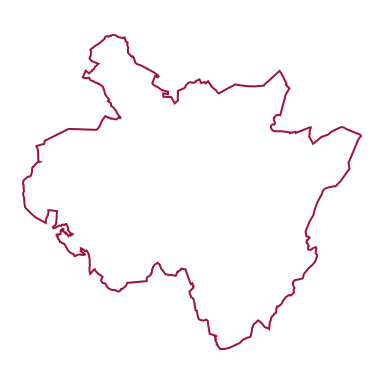 Petrestii De Jos, Cluj, Romania
{"feature_id": "2599482B6120631098136", "entity_name": "Petrestii De Jos", "entity_type": "district", "adm_level": 2, "iso_a3": "ROU", "parent_name": "Romania", "parent_adm1": "Cluj", "projection": "orthographic", "projection_center": [23.62, 46.582], "detail": "fine", "context": "isolated", "style": "outline", "palette": "rose", "viewbox_px": 384, "rotation_deg": 0, "n_neighbors": 0, "source": "geoboundaries", "source_scale": "gbopen_adm2", "svg_char_len": 5851}
<svg xmlns="http://www.w3.org/2000/svg" viewBox="0 0 384 384"><path d="M220.3,349.1L225.2,348.9L230.6,347.3L239.5,343.1L240.8,342.1L242.1,340.4L243.5,339.5L247.8,337.5L250.0,337.1L251.0,335.6L251.0,334.2L251.8,331.6L252.2,327.5L252.8,326.9L253.5,324.4L256.0,322.6L257.8,320.5L258.4,320.4L261.6,323.0L264.9,327.3L268.3,328.3L269.2,329.0L269.8,322.1L270.9,320.0L271.2,317.7L272.0,316.5L273.6,315.2L274.0,314.0L276.0,312.8L276.4,308.5L276.9,306.5L278.3,306.6L281.3,304.1L282.2,303.0L282.6,301.5L285.8,297.2L288.6,295.2L290.0,295.1L290.3,295.6L290.8,295.5L294.1,292.4L293.6,290.7L293.7,289.6L294.4,288.5L294.5,287.8L293.5,286.3L292.8,283.8L293.0,282.4L293.5,281.5L294.7,280.2L300.7,279.0L302.6,278.3L303.0,277.8L303.7,274.5L304.8,272.7L306.4,271.1L309.0,267.8L311.7,265.6L314.9,262.0L315.9,259.9L317.1,255.7L317.0,254.8L315.8,253.5L315.7,252.3L316.4,248.1L315.9,247.2L315.3,247.2L313.8,247.8L310.6,249.9L308.4,249.6L308.0,249.0L308.2,248.0L307.9,247.0L308.7,246.2L308.8,245.7L308.3,244.6L306.5,242.5L306.5,241.5L307.0,240.8L306.9,240.2L307.9,239.6L308.5,238.6L309.6,237.8L308.5,236.6L306.7,236.5L306.2,236.2L305.9,233.2L305.7,232.6L305.7,231.0L309.8,221.1L313.2,215.5L315.2,208.2L317.4,202.3L321.9,193.9L322.5,191.6L323.1,190.4L324.9,188.8L327.3,187.7L333.8,186.3L335.6,186.2L340.9,180.7L349.5,168.6L348.5,163.0L358.3,139.5L361.0,136.0L360.4,134.9L359.5,134.4L347.5,129.6L343.6,127.4L341.1,127.1L335.2,129.8L330.7,132.2L328.0,134.6L321.4,137.0L313.1,143.8L309.1,136.4L309.6,135.3L309.6,131.7L310.8,127.4L310.0,127.3L295.8,132.9L295.5,131.8L290.2,133.1L290.4,132.5L281.8,131.3L274.4,131.2L272.4,130.4L271.0,127.8L270.9,126.4L271.1,125.8L271.8,124.9L273.1,124.4L274.3,124.5L274.8,123.9L274.9,122.5L273.8,119.9L273.9,117.8L276.2,115.3L277.9,115.0L280.2,115.2L284.9,97.8L285.4,95.2L289.4,88.3L286.0,85.0L286.6,84.1L284.3,79.1L281.7,74.2L279.6,70.9L264.6,84.5L264.0,85.1L263.9,85.6L254.8,86.4L247.7,86.2L240.1,85.3L235.4,84.4L225.9,89.4L218.8,93.5L217.7,92.6L216.2,90.5L211.0,86.1L211.3,85.6L209.1,82.9L208.1,81.2L205.5,83.4L204.7,82.0L201.2,83.1L199.5,79.4L195.8,81.1L195.9,81.6L193.5,82.9L190.3,82.2L189.4,82.4L188.5,82.7L185.7,85.5L185.4,86.9L184.2,88.2L178.0,90.8L177.8,91.2L178.0,94.0L177.7,97.8L178.1,100.1L177.3,101.2L174.6,103.4L171.2,97.0L163.4,96.8L163.2,93.3L168.0,94.1L168.0,91.6L165.3,91.1L161.0,89.6L159.5,88.3L157.6,87.1L153.9,85.2L152.2,83.3L155.1,76.0L155.9,76.2L157.4,77.3L158.6,76.3L157.7,75.1L153.1,71.9L141.6,65.7L137.1,64.1L135.8,63.3L135.1,62.0L133.9,57.9L132.8,56.3L132.1,56.9L131.0,56.1L127.9,52.6L128.0,51.5L127.8,50.2L128.2,47.3L127.1,44.9L127.6,43.2L127.6,42.3L125.6,41.4L125.2,38.7L125.0,38.4L123.9,38.3L124.2,37.6L121.9,37.8L118.6,37.2L117.5,36.8L116.2,35.5L113.8,34.9L111.0,35.5L110.9,35.9L109.4,35.9L108.4,36.7L107.6,36.2L106.8,36.1L105.0,37.2L104.6,37.9L104.6,38.9L97.8,44.5L96.6,44.8L90.3,49.7L91.0,51.8L90.8,55.0L89.5,58.5L90.5,59.8L92.0,61.1L98.4,63.8L95.1,66.8L93.6,69.3L92.3,70.0L91.9,71.0L90.5,71.9L89.1,73.4L85.7,70.7L82.8,77.4L84.9,78.1L89.0,77.8L90.5,80.3L93.5,81.1L94.0,81.8L95.1,82.4L98.7,83.6L98.6,84.1L100.2,84.7L102.8,86.6L103.4,88.2L103.5,89.0L103.8,89.2L105.2,94.4L109.2,99.8L107.9,101.2L109.1,102.1L110.1,102.5L110.9,103.3L111.1,104.4L111.1,105.8L113.8,107.9L114.8,109.5L116.4,110.9L116.6,112.3L117.9,114.4L120.4,117.5L120.2,118.1L118.2,117.7L116.6,119.3L115.3,119.4L110.8,118.2L110.7,118.6L105.3,116.2L102.2,120.3L99.6,126.2L97.3,129.3L95.9,129.8L68.7,128.9L44.9,140.7L44.0,144.1L40.8,144.7L36.4,146.2L37.5,148.3L38.0,150.8L38.4,161.3L39.8,161.8L36.8,162.6L33.5,166.8L33.2,166.6L32.6,167.2L32.2,168.0L32.0,171.3L31.6,173.5L30.9,175.7L29.3,176.6L28.0,176.7L24.3,179.7L23.3,181.0L23.1,184.2L23.7,185.7L23.6,188.5L23.9,189.5L23.8,190.3L24.1,191.2L23.3,192.8L23.0,194.0L23.8,197.2L24.1,197.8L24.5,204.2L25.2,207.5L30.8,213.2L35.2,217.1L45.7,223.0L45.9,219.5L46.8,217.2L47.9,215.0L48.5,212.3L48.3,210.3L50.3,210.2L57.1,211.2L56.8,212.8L56.6,218.5L56.0,224.0L55.5,224.9L52.8,227.1L53.3,228.1L53.6,228.3L55.5,227.6L59.5,225.5L61.2,225.9L62.0,224.7L63.6,224.6L64.4,224.9L65.6,224.1L66.2,224.0L68.0,227.5L68.2,228.9L67.8,229.9L68.0,230.3L70.6,233.2L72.7,234.0L70.9,235.6L70.0,234.8L68.5,236.2L66.1,232.8L65.6,233.6L64.3,231.9L62.4,231.0L63.5,229.3L62.7,228.7L62.4,228.9L61.1,229.8L60.7,230.4L60.5,234.2L56.6,234.5L56.5,235.6L57.2,235.9L57.4,236.5L57.8,236.5L57.6,237.1L57.7,238.5L59.2,240.0L59.7,241.0L59.9,242.0L60.9,242.0L62.7,243.4L63.5,243.3L65.0,244.9L68.0,250.6L71.0,253.1L73.3,253.9L74.7,256.2L78.1,254.7L79.9,254.3L80.9,254.8L82.0,254.6L83.1,255.2L84.2,254.7L85.6,254.6L84.6,254.2L80.7,251.1L81.5,250.6L81.4,250.2L81.0,250.0L80.8,248.3L81.8,248.7L82.1,249.2L82.6,248.9L85.1,251.3L86.3,250.4L88.5,253.4L89.7,259.6L89.7,264.0L89.9,265.4L89.4,268.1L89.6,269.8L89.5,271.4L90.2,273.8L93.7,269.9L94.8,269.3L95.2,270.5L98.2,273.7L102.5,276.7L102.2,277.8L100.9,280.4L102.8,283.1L104.4,283.1L105.3,283.6L106.2,285.4L108.2,288.1L111.2,289.7L113.4,290.2L114.4,289.9L118.6,291.6L120.9,290.0L121.1,289.8L120.9,289.2L122.4,288.8L125.3,286.4L126.2,285.2L127.1,282.9L146.7,281.1L146.9,277.6L147.4,277.0L149.9,275.6L151.0,274.3L151.1,273.3L151.7,273.1L152.0,270.8L151.8,269.9L152.7,268.8L152.9,267.1L154.9,264.5L156.5,263.6L157.4,262.7L159.6,264.5L161.1,268.5L162.8,270.5L165.6,274.5L166.5,274.3L168.4,275.0L168.6,274.8L171.8,275.1L175.6,275.8L176.0,275.4L176.5,273.8L177.6,271.6L178.4,271.7L179.2,270.6L180.2,270.4L181.4,268.6L185.4,269.3L190.6,283.8L191.1,284.3L192.3,283.4L193.6,286.6L193.0,287.0L193.3,287.8L189.4,291.7L189.7,293.4L190.5,295.0L191.1,297.3L192.5,297.9L193.7,299.6L194.6,303.8L195.3,309.7L195.8,310.3L196.9,310.9L197.4,314.5L198.3,318.0L199.1,319.4L200.1,319.9L203.7,320.7L206.0,319.6L207.8,320.9L208.3,325.6L209.7,333.8L216.2,335.9L216.2,336.4L214.9,337.1L215.9,339.4L215.2,340.1L216.8,343.1L216.6,344.2L216.7,344.7L217.5,344.8L217.9,346.0L220.3,349.1Z" fill="none" stroke="#9f1239" stroke-width="2"/></svg>